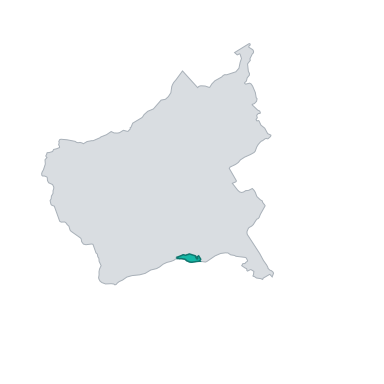 Lukolela, Équateur, Democratic Republic of the Congo shown in context, rotated 238°
{"feature_id": "63176286B14204108243102", "entity_name": "Lukolela", "entity_type": "district", "adm_level": 2, "iso_a3": "COD", "parent_name": "Democratic Republic of the Congo", "parent_adm1": "Équateur", "projection": "robinson", "projection_center": [17.176, -1.278], "detail": "fine", "context": "in_parent", "style": "filled", "palette": "teal", "viewbox_px": 384, "rotation_deg": 238, "n_neighbors": 0, "source": "geoboundaries", "source_scale": "gbopen_adm2", "svg_char_len": 5702}
<svg xmlns="http://www.w3.org/2000/svg" viewBox="0 0 384 384"><g transform="rotate(238 192 192)"><path d="M299.7,248.1L277.5,252.1L277.9,253.5L277.7,255.0L277.1,256.2L274.9,259.3L271.5,262.1L271.5,262.8L273.1,266.0L274.2,270.4L273.8,278.1L274.3,280.2L274.2,281.8L273.0,283.6L270.7,292.9L272.1,297.4L276.5,301.6L279.0,304.7L283.3,305.8L284.0,305.6L284.3,303.0L287.7,302.0L287.6,318.6L287.3,319.5L286.7,319.7L285.8,319.2L285.6,317.6L284.7,316.9L280.5,318.9L279.4,318.9L278.2,318.5L277.4,317.7L277.2,316.4L274.2,311.6L272.8,311.3L271.2,307.0L264.6,303.8L262.0,303.5L260.7,302.6L259.5,299.2L257.3,297.0L256.8,294.5L256.3,294.2L255.0,294.7L253.8,298.5L252.3,299.4L249.6,299.5L242.8,298.4L237.9,296.4L236.6,296.6L234.7,294.8L233.9,291.8L234.4,289.5L234.0,289.2L226.6,291.1L224.8,292.3L223.1,292.0L222.6,291.4L223.4,289.8L223.0,288.1L222.5,287.3L220.3,286.7L219.6,284.8L218.3,284.6L217.8,284.8L217.5,286.1L216.7,286.5L212.2,285.9L207.6,287.5L201.4,287.1L198.5,289.0L198.1,288.9L197.4,288.0L196.9,284.8L197.2,284.0L198.1,283.4L198.4,282.1L198.1,278.9L198.4,278.1L198.1,276.2L197.2,273.3L195.9,270.8L193.1,267.2L192.6,265.5L192.8,261.4L193.7,254.9L193.6,250.1L192.5,247.0L192.3,243.6L193.0,237.6L192.3,236.1L178.2,235.6L177.6,235.2L177.4,234.4L178.0,230.8L169.4,231.7L166.9,232.4L165.3,233.8L164.7,235.7L164.7,238.3L163.4,240.8L163.0,245.0L160.6,245.5L158.3,245.5L153.7,244.6L149.2,245.8L147.1,246.9L145.9,246.4L141.9,246.8L141.4,246.5L136.8,238.1L134.8,235.4L134.4,234.0L134.6,232.7L134.0,231.0L131.9,226.7L131.5,224.7L131.6,221.5L131.3,220.5L129.4,217.8L128.1,216.9L126.7,216.4L103.8,216.8L96.1,216.3L90.6,216.6L87.8,216.4L87.0,216.0L84.5,216.6L83.1,217.7L81.1,218.3L79.9,218.1L77.5,215.0L80.8,214.4L81.0,214.1L81.2,206.7L80.4,205.6L82.1,204.4L84.9,201.1L87.6,199.9L88.0,199.2L88.6,199.3L89.6,200.6L91.9,202.4L94.9,200.9L95.2,200.4L95.5,197.2L96.3,196.9L97.5,197.6L98.2,197.6L99.5,196.7L103.2,195.1L104.3,197.2L103.3,199.0L103.8,200.3L103.9,202.3L104.5,202.8L107.4,203.0L108.3,202.5L114.2,195.2L115.7,194.4L118.2,191.5L121.4,190.1L122.8,187.9L124.7,183.7L125.6,177.8L125.2,167.6L125.5,166.2L129.4,161.6L133.5,153.3L136.3,151.1L138.3,150.2L141.5,147.1L144.0,144.1L143.7,140.4L144.3,137.3L145.6,133.4L146.1,129.3L145.6,124.9L145.8,121.4L147.7,115.7L147.8,109.2L149.5,103.7L152.9,96.8L154.4,91.6L154.1,86.5L154.6,82.8L154.4,80.6L153.8,78.6L154.1,77.4L155.4,76.9L157.0,75.0L159.8,70.0L162.9,67.6L165.0,66.8L167.2,66.9L168.7,67.3L171.0,69.3L173.7,70.9L175.7,72.8L177.7,75.9L182.5,76.5L184.5,77.6L185.8,78.0L186.2,77.8L187.2,77.9L189.5,78.8L191.2,78.3L200.1,80.3L201.1,79.3L203.5,74.1L205.4,72.3L208.4,72.1L210.8,73.1L212.0,73.1L222.8,68.6L224.3,68.4L228.2,69.5L230.8,68.8L231.8,69.0L234.0,68.2L235.8,65.1L237.3,64.3L252.9,67.7L255.3,66.0L256.4,65.9L259.9,67.1L260.9,69.0L263.0,70.6L264.5,73.4L266.8,74.9L268.0,76.4L269.4,77.4L272.2,77.7L275.8,75.3L278.3,75.5L280.9,76.9L281.8,76.8L283.7,75.4L284.7,73.8L285.7,73.5L287.2,74.2L288.4,75.6L289.5,77.7L293.4,82.4L297.2,84.4L298.1,87.3L299.5,87.0L300.2,87.3L301.2,89.1L301.9,89.5L302.0,90.2L301.1,91.9L300.2,95.2L301.4,97.2L300.4,100.1L299.9,103.2L301.1,103.9L302.7,103.9L304.2,105.5L305.3,105.7L306.5,107.4L306.2,108.8L302.5,113.7L296.9,119.7L295.1,120.5L294.1,121.6L293.4,123.3L291.8,124.8L290.5,125.4L290.4,129.8L288.6,134.3L287.9,135.3L286.8,142.6L287.0,143.9L285.9,149.9L286.1,155.5L283.4,157.2L281.5,160.0L280.7,161.9L280.7,166.5L277.7,169.3L277.4,169.9L278.2,173.1L279.3,173.6L279.3,174.7L281.8,178.2L281.6,188.8L281.8,189.8L283.0,192.3L283.9,197.2L282.9,203.3L286.3,214.5L284.7,218.6L285.4,222.5L287.4,226.7L292.1,230.7L293.4,232.4L294.6,234.6L295.7,238.1L299.7,248.1Z" fill="#d9dde1" stroke="#a8b0b8" stroke-width="1"/><path d="M144.3,144.2L144.2,144.2L143.8,144.2L143.7,144.3L143.4,144.2L143.4,144.3L143.2,144.7L143.1,144.8L142.8,145.1L142.6,145.5L142.0,146.0L141.7,146.5L141.7,146.8L141.5,147.1L141.4,147.3L140.9,148.0L140.7,148.2L140.6,148.3L140.5,148.5L140.1,148.9L139.7,149.3L139.5,149.6L139.4,149.7L139.1,150.1L138.9,150.2L138.8,150.3L138.6,150.4L138.4,150.5L138.0,150.8L137.8,150.8L137.6,150.9L137.2,150.9L136.9,150.9L136.5,151.1L136.3,151.2L136.0,151.4L135.8,151.6L135.7,151.7L135.6,151.8L135.2,152.0L134.8,152.2L134.7,152.3L134.4,152.5L134.2,152.6L134.1,152.8L133.7,153.1L133.6,153.3L133.2,153.7L133.1,153.8L133.0,154.0L132.9,154.0L132.8,154.3L132.5,154.7L132.4,155.0L132.2,155.3L132.1,155.6L131.9,156.0L131.8,156.3L131.7,156.6L131.5,156.9L131.4,157.2L131.2,157.6L131.0,158.1L130.9,158.5L130.7,158.8L130.3,159.7L130.0,160.3L129.6,161.1L129.5,161.3L129.4,161.4L129.4,161.5L129.0,162.1L129.6,162.0L129.7,161.9L129.7,162.1L129.7,162.3L129.8,162.4L129.8,162.5L129.9,163.0L130.0,163.1L130.1,163.3L130.3,163.7L130.4,163.8L130.5,163.8L131.8,163.8L132.0,163.8L134.3,163.8L134.3,162.0L134.1,161.9L133.9,161.9L133.6,161.9L133.4,161.8L133.2,161.7L133.0,161.4L132.9,161.4L132.7,161.4L132.7,161.5L132.4,161.5L132.4,161.4L132.4,161.1L132.5,161.0L132.6,160.9L132.7,160.7L132.8,160.6L133.0,160.8L133.3,160.8L133.6,160.7L133.8,160.6L134.0,160.5L134.5,160.6L134.8,160.7L135.0,160.7L135.1,160.8L135.2,161.0L135.3,161.0L135.5,161.0L135.8,161.1L136.0,160.9L136.3,160.9L137.2,160.1L140.7,157.1L141.0,156.7L141.0,156.2L141.0,155.7L141.2,155.2L141.3,155.0L141.4,154.9L141.5,154.7L141.5,154.3L141.5,154.2L141.5,153.9L141.7,153.2L141.8,153.0L141.8,152.9L142.1,152.6L142.3,152.5L142.8,152.0L143.1,151.7L143.3,151.5L143.4,151.4L143.5,151.1L143.6,150.9L143.6,150.4L143.7,149.5L144.1,147.2L144.2,146.9L144.3,146.2L144.4,145.7L144.4,145.4L144.5,145.4L144.7,144.9L144.7,144.7L144.5,144.8L144.4,144.8L144.2,144.9L144.1,145.0L143.9,145.0L143.8,144.9L143.7,144.8L143.7,144.7L143.8,144.6L144.0,144.5L144.1,144.3L144.3,144.2Z" fill="#14b8a6" stroke="#0f766e" stroke-width="1.5"/></g></svg>